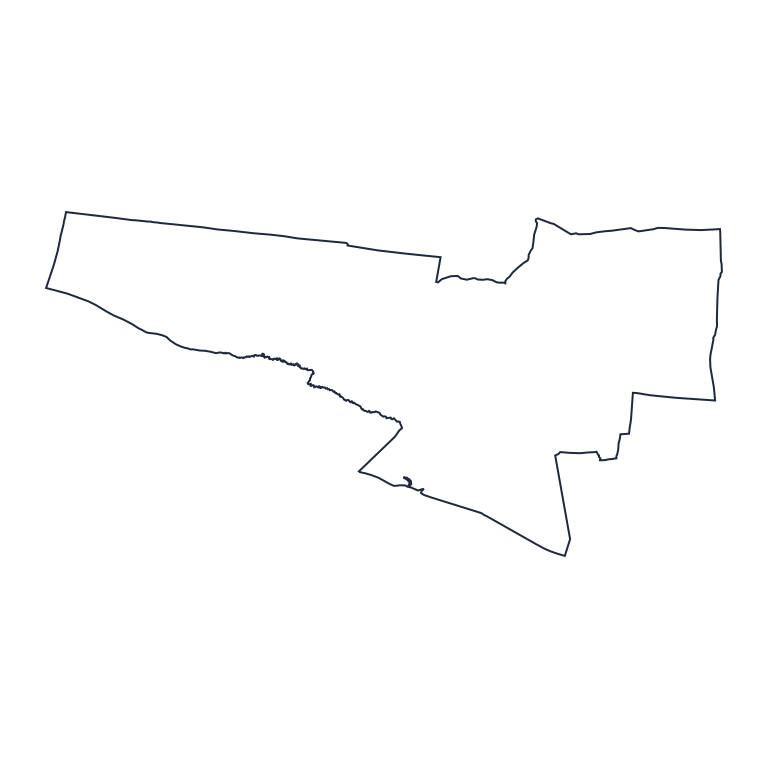 outline of Terpezita, Dolj, Romania
{"feature_id": "2599482B57924090457119", "entity_name": "Terpezita", "entity_type": "district", "adm_level": 2, "iso_a3": "ROU", "parent_name": "Romania", "parent_adm1": "Dolj", "projection": "albers", "projection_center": [23.49, 44.289], "detail": "fine", "context": "isolated", "style": "outline", "palette": "slate", "viewbox_px": 768, "rotation_deg": 0, "n_neighbors": 0, "source": "geoboundaries", "source_scale": "gbopen_adm2", "svg_char_len": 6079}
<svg xmlns="http://www.w3.org/2000/svg" viewBox="0 0 768 768"><path d="M713.9,387.6L710.4,367.3L710.1,360.0L710.2,357.3L710.6,354.1L713.4,339.8L713.2,338.1L714.0,336.5L715.0,335.1L715.7,331.2L717.0,326.2L716.9,319.0L717.4,298.9L718.5,279.9L720.2,276.7L720.5,275.6L720.5,273.6L721.5,272.5L721.9,271.7L721.6,264.4L720.9,260.4L720.2,231.2L720.0,229.1L701.3,230.1L685.4,229.6L664.5,228.0L657.6,227.9L653.5,229.2L638.5,231.4L634.2,229.8L630.9,228.1L611.1,230.8L605.5,231.2L596.5,232.3L590.1,234.0L578.5,234.3L576.2,233.3L570.9,234.3L553.7,223.9L550.7,223.2L537.9,218.4L535.8,219.4L535.7,220.2L535.9,221.5L537.1,223.1L536.7,226.6L534.2,234.5L533.3,242.9L532.5,248.2L530.6,250.9L528.7,254.8L528.6,257.9L527.7,260.5L524.2,262.5L517.7,267.8L512.6,272.6L509.5,276.8L507.0,278.7L505.3,281.3L505.3,283.3L503.9,282.7L499.8,282.7L496.7,282.3L492.3,280.1L487.5,279.2L482.7,279.8L477.7,279.5L475.1,278.2L473.0,278.2L466.9,279.7L461.0,278.5L457.8,276.0L451.0,276.2L441.9,279.1L438.0,282.4L436.2,281.9L440.6,257.2L405.3,253.6L377.9,250.4L347.6,245.5L347.7,244.8L347.7,244.1L347.2,243.6L346.5,243.1L345.0,242.8L297.6,238.4L284.1,236.2L269.9,234.6L254.1,233.3L233.2,230.9L218.0,229.5L202.9,227.3L160.2,223.0L157.9,222.6L153.4,222.2L151.9,222.0L151.1,221.6L148.2,221.6L134.8,220.2L132.4,220.2L115.2,217.9L66.0,212.1L65.1,217.1L64.0,221.2L63.5,224.6L60.5,236.4L59.9,240.2L57.8,250.6L53.8,265.0L46.1,288.0L67.6,293.7L88.5,301.4L95.4,304.8L106.7,311.6L111.6,314.3L114.5,315.8L123.5,319.6L132.4,324.3L138.6,328.3L141.4,329.6L143.6,330.9L146.8,332.5L150.1,333.1L156.6,333.8L162.1,335.2L166.4,336.9L170.6,340.8L176.1,344.4L181.1,346.6L185.4,348.0L187.0,348.1L190.2,349.3L192.8,349.3L199.6,350.5L205.1,350.8L210.3,351.7L215.8,353.1L217.4,353.0L218.4,352.6L220.2,352.5L222.2,352.7L223.3,353.3L224.1,353.0L224.9,353.4L225.5,352.8L226.6,353.4L227.2,353.1L229.0,353.2L229.9,353.5L232.1,355.1L234.0,355.9L234.9,356.1L237.9,357.7L239.5,357.5L239.8,357.9L241.7,357.4L243.1,358.1L243.9,357.5L244.5,357.7L245.3,357.1L245.9,357.2L246.9,356.4L247.4,356.5L248.0,356.9L249.1,356.3L249.8,356.9L252.1,355.9L253.1,356.0L253.6,356.5L253.9,356.6L254.2,356.2L254.2,355.4L255.5,355.0L256.1,355.0L256.9,355.7L258.4,355.8L259.7,355.3L261.7,356.0L262.1,355.8L262.6,356.0L263.0,355.5L262.9,354.8L262.3,354.3L262.2,354.0L262.7,353.7L263.6,354.1L264.1,354.8L264.2,355.3L264.0,356.0L264.0,356.7L264.4,357.5L264.6,357.7L265.6,357.0L266.4,357.1L267.1,356.6L268.0,357.1L269.0,356.8L269.3,356.9L269.5,357.4L269.1,358.6L269.2,358.9L269.6,359.1L272.5,359.1L272.8,359.8L273.1,359.9L274.0,358.8L274.5,358.7L275.4,358.9L276.6,358.4L276.7,359.6L277.3,360.1L278.4,359.6L278.2,359.2L278.3,358.8L278.9,358.8L279.6,358.4L280.5,359.3L280.7,360.5L281.2,361.1L282.3,361.5L282.3,361.1L282.6,360.4L282.9,360.3L283.2,360.4L282.9,360.9L283.2,361.3L283.9,361.5L284.3,360.9L284.6,360.9L284.9,361.9L286.6,362.4L287.4,363.9L288.3,363.7L288.6,364.2L289.1,364.4L290.3,363.7L291.2,363.6L291.5,363.9L291.2,364.5L291.3,364.8L292.8,364.7L293.6,364.3L293.8,364.5L293.8,365.3L294.2,365.5L294.7,365.3L295.7,364.0L296.7,363.5L296.8,363.9L296.7,364.5L298.3,364.4L298.5,365.1L298.3,365.8L299.7,365.7L299.6,366.2L299.3,366.6L299.4,366.9L300.4,367.2L300.5,367.9L301.1,368.3L301.7,368.3L302.0,368.7L303.0,368.5L303.7,368.9L304.6,368.4L305.3,369.1L307.0,368.7L307.1,369.6L307.5,370.1L307.9,370.2L311.8,369.9L313.2,371.5L313.0,372.4L313.5,372.8L313.7,373.5L313.1,374.0L311.8,374.5L311.5,374.9L311.1,376.7L309.9,378.8L310.0,380.2L308.9,381.4L307.7,383.2L307.9,383.8L308.6,384.3L309.3,384.4L310.2,383.9L310.8,383.9L310.9,384.3L310.6,385.1L310.7,385.8L310.9,386.0L312.8,385.2L313.5,385.2L313.7,385.3L314.2,387.3L314.8,387.2L315.7,386.5L316.5,386.3L317.1,386.9L318.4,387.4L318.8,386.4L319.4,386.2L319.8,386.6L320.2,387.9L320.5,388.1L321.3,387.7L321.4,387.1L322.3,386.9L323.5,387.6L324.9,387.5L325.5,388.4L326.1,388.7L327.1,388.2L328.1,389.4L328.7,389.2L329.3,389.3L329.9,390.2L331.6,389.9L333.7,391.8L334.4,391.4L334.6,391.6L334.8,392.3L335.2,392.8L336.1,392.9L336.2,393.4L336.9,393.5L337.4,394.1L338.7,394.6L339.1,394.2L339.4,394.2L339.7,395.4L340.2,395.7L339.9,396.2L340.0,396.5L340.4,396.8L341.1,396.7L342.7,397.6L343.7,398.8L343.8,399.4L344.6,399.9L345.4,400.0L346.1,400.8L346.4,400.7L346.7,400.3L347.7,400.0L348.6,400.1L350.2,402.1L350.6,402.2L351.8,401.3L352.2,401.8L352.6,402.9L353.3,403.2L353.9,402.7L354.2,402.8L356.1,404.4L356.8,404.5L359.9,406.1L360.9,407.3L361.3,408.5L361.9,409.1L362.1,408.8L362.9,409.2L363.4,410.1L364.6,410.9L365.5,410.8L367.6,411.9L368.4,411.6L369.0,410.9L369.7,411.3L370.0,412.5L370.5,412.7L371.5,412.6L372.3,412.0L374.5,412.2L375.8,411.4L379.7,413.0L380.5,414.7L383.2,416.6L384.4,416.3L386.0,416.8L386.5,418.2L389.0,417.8L390.8,417.7L391.1,418.8L392.2,419.3L393.9,418.3L397.0,421.7L398.1,421.4L399.9,422.0L400.1,423.4L401.0,425.2L402.0,427.8L401.9,428.3L399.5,430.2L395.0,436.6L394.1,437.5L359.0,471.3L359.4,471.5L359.8,472.1L366.0,473.5L370.8,474.9L378.6,477.8L389.5,483.9L393.4,485.7L394.8,485.9L399.9,485.3L404.7,485.4L405.9,485.7L407.0,486.5L407.7,486.7L408.5,485.7L409.4,483.8L409.5,483.0L409.2,481.7L408.2,480.9L407.0,479.6L405.3,478.5L404.1,478.1L403.9,477.4L404.2,477.2L404.8,477.6L406.6,477.6L408.3,478.9L409.6,479.5L410.0,480.3L411.0,481.3L411.0,481.8L410.5,482.9L411.2,483.5L411.3,483.8L410.7,484.7L409.7,485.7L409.3,487.1L410.7,487.4L418.0,490.5L422.1,489.2L422.7,489.2L423.2,489.0L423.4,489.3L423.2,489.7L422.1,490.3L421.8,490.8L421.0,492.8L421.2,493.2L423.0,494.4L424.4,495.1L432.0,497.7L481.3,513.1L485.0,515.5L485.8,515.7L535.1,543.6L544.3,548.6L550.7,551.4L558.3,554.0L564.8,555.9L570.1,539.2L555.2,455.5L558.4,454.0L560.2,452.1L570.6,452.9L580.2,453.2L587.6,452.5L595.3,452.1L596.3,451.7L596.8,452.1L597.3,453.0L597.8,454.5L599.0,455.4L599.1,456.0L598.9,456.6L599.0,457.0L600.4,458.4L600.4,458.7L600.0,459.7L600.0,460.3L604.3,460.2L609.3,459.2L612.9,459.0L614.3,458.5L616.4,458.4L616.4,456.2L617.4,453.5L618.2,449.6L618.6,443.7L620.0,437.9L620.4,434.3L629.0,433.7L629.7,427.8L631.0,419.6L632.9,392.8L637.2,393.1L649.9,395.2L666.7,396.9L676.0,397.8L715.1,400.5L713.9,387.6Z" fill="none" stroke="#1e293b" stroke-width="2"/></svg>